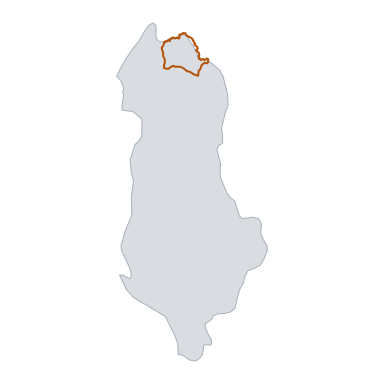 Tropojë, Kukës, Albania shown in context
{"feature_id": "67620474B51082079967557", "entity_name": "Tropojë", "entity_type": "district", "adm_level": 2, "iso_a3": "ALB", "parent_name": "Albania", "parent_adm1": "Kukës", "projection": "equal_earth", "projection_center": [20.083, 42.368], "detail": "fine", "context": "in_parent", "style": "outline", "palette": "amber", "viewbox_px": 384, "rotation_deg": 0, "n_neighbors": 0, "source": "geoboundaries", "source_scale": "gbopen_adm2", "svg_char_len": 2847}
<svg xmlns="http://www.w3.org/2000/svg" viewBox="0 0 384 384"><path d="M121.9,110.1L122.2,104.5L123.5,95.7L122.8,92.7L123.6,87.7L121.0,80.9L116.7,76.1L120.9,67.5L127.0,57.2L132.6,49.0L139.4,40.4L143.9,32.2L148.8,25.2L153.0,23.0L155.1,24.5L156.2,27.6L155.9,36.7L157.3,39.9L160.2,42.2L166.3,41.0L173.1,38.8L182.2,34.0L183.7,34.3L187.1,36.8L194.1,47.8L198.8,57.5L208.0,60.9L213.2,64.6L219.8,70.4L223.0,76.2L227.5,93.9L228.1,104.7L226.8,109.6L225.7,110.8L221.6,128.3L222.6,137.2L222.6,143.1L219.1,145.4L216.8,149.1L220.6,163.8L220.1,170.0L220.3,177.1L227.1,193.5L231.2,198.5L234.7,200.9L239.4,216.0L242.1,218.6L253.3,217.2L258.7,218.9L260.9,222.4L261.4,224.9L260.7,233.3L263.5,239.8L267.3,246.5L267.3,250.6L264.8,257.3L260.4,265.2L254.4,268.2L247.9,270.7L244.8,276.8L243.3,283.3L240.3,288.1L238.5,293.4L235.8,304.1L235.2,308.0L230.7,312.0L223.9,313.6L217.7,313.9L213.6,315.8L211.4,319.5L207.5,322.4L205.2,323.8L205.2,327.0L208.0,333.9L211.3,339.5L211.4,343.9L209.8,345.2L204.7,344.6L203.7,346.3L203.1,351.2L201.8,355.5L199.7,358.1L196.1,361.0L189.5,360.0L183.3,355.7L180.1,354.4L178.3,354.6L177.8,344.1L175.1,336.0L165.3,316.4L133.5,297.5L126.1,289.0L122.8,281.8L119.5,275.1L122.7,274.9L125.8,276.6L129.8,278.7L131.4,275.3L129.7,267.9L121.6,250.7L121.0,246.0L125.0,231.6L131.7,215.5L131.4,195.9L133.5,181.2L131.2,171.7L130.1,160.0L135.1,144.5L139.2,140.6L141.8,135.7L142.0,119.2L132.7,111.5L121.9,110.1Z" fill="#d9dde1" stroke="#a8b0b8" stroke-width="1"/><path d="M208.4,60.7L208.0,59.0L206.6,58.5L205.8,59.3L205.1,59.5L204.5,60.2L203.2,59.2L200.6,59.9L200.0,59.2L198.9,58.6L199.3,57.8L198.4,56.3L199.1,55.9L199.3,54.3L198.7,52.7L197.4,51.6L196.3,50.7L196.3,49.8L197.2,49.5L197.7,48.6L197.2,46.9L195.8,45.7L194.7,44.9L194.6,44.5L195.0,44.1L195.1,43.8L194.9,43.6L194.5,42.9L193.9,42.6L193.8,42.1L193.6,41.6L193.7,41.3L193.7,41.1L193.4,40.8L192.7,40.3L192.4,39.6L192.6,39.1L191.8,38.4L190.6,37.5L188.9,37.0L188.8,36.5L188.2,36.5L186.7,35.8L186.5,35.1L186.1,34.6L185.8,33.9L185.1,33.2L184.5,33.3L183.5,32.9L182.9,33.1L182.4,34.1L181.3,34.2L180.5,34.8L179.9,34.6L179.4,34.8L179.4,35.5L179.6,36.2L179.5,36.9L179.2,37.3L179.2,38.1L178.6,38.6L177.6,38.0L176.7,37.9L176.1,37.9L175.4,38.4L174.5,38.4L173.2,37.4L171.7,38.1L171.2,38.8L170.4,38.6L169.8,39.4L169.9,40.2L169.8,41.0L169.3,40.8L168.3,40.0L167.5,40.5L167.2,41.3L166.0,41.2L165.4,42.0L164.8,41.6L164.3,41.9L164.4,42.4L163.9,43.5L163.5,45.1L163.2,45.7L162.7,46.3L162.3,46.9L161.9,47.5L161.6,48.0L163.2,53.0L163.1,55.9L164.9,59.8L164.7,63.2L164.0,65.2L164.2,68.1L166.8,68.8L168.4,68.8L171.6,66.4L173.5,65.9L174.4,66.6L177.3,66.7L180.7,66.8L183.8,68.5L185.0,69.5L187.1,71.3L189.7,71.7L194.2,74.6L198.1,75.6L198.7,70.8L200.2,69.3L201.0,67.0L201.6,65.3L203.9,63.1L207.3,63.2L207.7,62.6L207.9,62.2L208.0,62.0L208.1,61.9L208.4,61.4L208.4,61.1L208.4,60.7Z" fill="none" stroke="#b45309" stroke-width="2"/></svg>